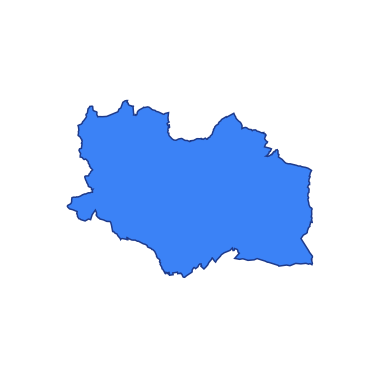 outline of Malovat, Mehedinti, Romania, rotated 324°
{"feature_id": "2599482B51625304248487", "entity_name": "Malovat", "entity_type": "district", "adm_level": 2, "iso_a3": "ROU", "parent_name": "Romania", "parent_adm1": "Mehedinti", "projection": "mercator", "projection_center": [22.741, 44.72], "detail": "fine", "context": "isolated", "style": "filled", "palette": "blue", "viewbox_px": 384, "rotation_deg": 324, "n_neighbors": 0, "source": "geoboundaries", "source_scale": "gbopen_adm2", "svg_char_len": 6056}
<svg xmlns="http://www.w3.org/2000/svg" viewBox="0 0 384 384"><g transform="rotate(324 192 192)"><path d="M282.6,195.8L282.0,194.2L282.0,191.9L282.2,191.4L283.5,190.5L285.0,189.7L284.7,189.4L285.4,188.9L285.4,188.1L284.3,186.6L285.0,186.1L283.0,184.9L281.6,182.4L280.4,181.0L280.0,179.2L277.9,177.8L276.8,177.8L276.7,176.4L274.7,174.5L274.2,172.7L273.5,171.4L271.9,170.5L269.7,170.1L271.5,167.7L271.9,166.1L272.1,164.1L271.4,162.0L271.0,159.1L271.0,158.1L271.5,156.7L271.5,155.5L272.1,152.9L263.8,151.8L263.9,151.2L258.5,150.7L257.1,151.3L255.3,151.3L254.0,151.8L253.4,152.5L250.8,152.3L248.8,152.7L247.8,153.5L246.2,154.0L245.5,155.0L244.8,155.2L242.1,157.2L239.7,157.5L238.7,158.1L237.4,157.7L237.3,157.9L236.0,157.9L235.6,158.3L234.9,158.0L234.4,156.2L232.1,156.0L231.9,155.4L231.2,155.3L230.8,154.8L231.0,154.2L230.8,154.0L230.0,153.8L227.4,151.8L223.6,151.2L220.8,149.6L220.6,150.1L219.6,149.7L218.5,147.6L216.6,146.1L215.3,142.9L214.8,142.4L212.2,141.2L209.5,140.8L207.9,139.3L207.2,137.7L206.6,133.0L207.1,131.6L207.8,130.9L207.4,130.5L207.5,129.2L208.9,128.2L209.0,127.5L210.5,126.1L211.5,126.6L212.1,126.3L212.0,125.6L213.0,124.6L213.1,124.3L212.4,124.0L211.6,124.4L211.6,123.2L212.2,121.9L214.6,121.9L214.7,120.1L215.6,119.0L216.0,118.0L219.7,114.0L216.3,112.6L215.0,112.7L214.3,111.9L211.9,107.5L210.4,105.7L210.1,104.3L208.5,102.5L207.9,101.2L207.9,100.5L207.0,98.0L206.0,97.0L203.5,95.9L202.6,95.0L202.0,95.2L197.7,94.6L195.8,94.8L194.5,95.4L193.7,96.4L192.6,97.0L192.0,96.3L191.5,96.8L191.3,96.4L190.0,95.3L191.0,94.4L191.1,93.8L194.2,88.7L195.0,88.2L194.9,87.9L193.5,87.1L193.5,86.5L192.4,85.3L192.1,84.4L192.0,83.6L192.4,83.1L192.5,82.0L192.2,81.1L193.6,80.1L193.1,79.7L191.4,78.9L188.8,78.8L183.8,82.2L181.6,82.0L179.4,83.5L179.0,83.5L167.4,80.7L163.8,78.4L160.9,76.2L160.0,75.8L160.5,73.3L162.0,71.6L161.7,70.7L160.5,69.1L160.1,67.5L161.9,64.4L161.6,63.8L159.6,62.7L158.6,63.3L156.8,63.6L154.1,66.3L153.2,66.8L152.2,66.8L151.6,67.2L151.3,67.9L151.3,68.4L150.8,69.1L150.0,69.5L145.9,70.8L145.2,70.8L144.2,71.2L143.9,71.7L142.4,72.0L138.9,71.2L138.4,72.6L136.7,75.6L135.6,76.3L134.8,77.7L133.4,78.9L133.1,79.4L133.8,81.5L133.5,84.4L133.7,84.7L133.2,85.3L133.2,86.0L132.8,86.6L131.2,87.6L131.4,88.3L128.2,91.7L126.4,91.0L125.1,91.8L124.7,93.5L124.6,95.3L122.7,97.1L122.1,98.1L122.6,98.4L123.5,99.7L123.5,101.2L123.8,102.3L125.2,102.7L125.7,103.9L125.6,104.8L125.9,106.3L125.1,107.6L125.0,110.1L124.2,110.9L124.4,111.8L124.1,112.9L124.4,113.5L124.6,115.7L122.0,116.0L121.1,116.7L119.4,117.0L117.8,118.1L115.1,116.4L114.4,116.5L114.0,117.0L113.1,119.6L112.9,121.2L112.4,122.7L112.2,125.0L111.5,126.3L111.8,127.4L112.7,128.6L112.9,129.2L112.9,129.8L112.1,131.0L113.4,131.6L112.6,131.9L111.3,133.7L110.5,133.0L109.0,132.7L107.6,131.7L104.8,131.1L104.0,130.5L101.8,129.9L99.3,129.7L96.8,129.0L95.8,128.1L95.0,128.0L93.2,126.6L91.6,126.0L90.1,127.5L89.0,129.0L87.9,129.9L86.6,130.2L83.5,129.8L82.8,130.2L82.6,131.2L83.0,133.7L85.1,136.2L87.6,140.3L86.0,141.8L86.2,142.0L85.5,143.8L85.0,144.4L84.8,147.1L85.6,148.1L85.7,148.8L86.4,149.8L88.5,152.6L92.1,153.0L92.6,153.2L93.7,154.8L97.9,151.7L103.2,149.8L102.6,152.6L101.5,154.2L101.0,154.2L100.8,154.9L101.1,158.1L101.7,158.7L101.6,159.7L103.9,162.4L105.8,165.7L108.4,167.8L108.3,169.0L107.4,171.4L104.6,177.3L104.8,177.7L105.3,177.9L105.6,180.3L106.6,181.7L106.3,184.1L106.6,187.5L106.3,188.5L107.3,188.2L108.4,188.8L111.2,191.8L111.4,192.5L112.0,192.8L112.1,191.5L112.6,190.6L112.8,190.8L113.5,192.8L115.2,195.6L117.8,197.6L118.8,199.6L119.8,200.5L122.1,205.2L123.4,206.8L124.3,208.9L123.8,210.0L123.9,210.7L125.7,213.6L125.8,214.9L126.4,215.4L126.9,218.1L126.4,220.8L126.0,222.6L125.5,223.2L125.3,225.0L126.0,227.2L126.0,227.9L125.7,228.7L124.8,229.2L124.6,229.7L124.9,230.8L123.7,231.7L123.4,234.9L122.6,236.6L123.0,237.5L122.7,239.3L122.9,240.0L122.6,240.5L122.4,242.1L122.7,242.6L123.8,241.8L124.6,244.2L125.2,243.1L126.2,243.6L124.9,246.1L128.1,247.8L128.9,246.2L133.1,248.3L132.4,249.7L134.6,250.7L134.4,250.9L135.4,251.6L135.2,251.9L135.5,252.8L135.1,254.0L134.9,255.6L135.5,256.4L136.0,256.7L138.4,256.5L144.7,256.8L145.1,256.7L146.4,255.1L149.0,254.2L149.5,254.5L149.8,256.1L152.8,256.0L154.6,255.0L156.1,254.8L157.1,255.6L156.4,256.3L156.6,257.6L156.2,256.9L155.6,257.2L156.4,261.3L159.0,260.9L161.9,260.2L164.1,259.0L168.1,258.0L169.5,257.2L169.7,257.3L169.6,261.2L169.9,262.6L171.7,261.7L177.3,260.6L178.9,260.0L182.4,260.1L188.5,261.6L191.6,261.0L190.8,263.5L191.7,264.0L192.6,263.5L193.2,262.7L194.6,264.7L194.8,265.6L194.7,266.2L194.0,267.4L194.0,268.4L194.3,269.3L187.5,270.8L191.0,274.5L193.4,275.6L194.3,276.4L197.1,280.2L202.4,283.4L205.5,284.1L210.5,290.8L211.7,293.0L212.8,294.1L218.6,302.0L218.7,303.0L225.6,306.7L227.9,309.2L233.9,310.7L237.8,314.1L242.3,316.7L243.9,318.9L245.4,319.3L246.3,321.3L247.4,320.6L248.6,317.6L249.1,317.4L249.1,316.5L250.9,315.7L251.7,314.7L251.6,309.2L251.8,309.0L252.8,293.7L256.8,292.3L259.8,292.7L261.3,292.6L262.6,291.2L265.4,289.3L267.2,289.1L267.8,288.0L269.2,287.2L270.2,286.0L271.4,287.2L272.1,285.8L272.0,285.0L273.4,284.0L274.0,283.1L274.1,282.8L273.8,282.3L275.7,280.5L277.9,277.2L279.0,276.5L279.3,276.0L279.3,275.1L278.7,274.3L278.7,272.8L279.4,270.3L279.9,269.8L281.2,266.5L281.9,265.6L282.4,265.6L283.1,265.0L283.3,263.3L285.2,261.2L286.3,261.1L288.4,258.5L288.6,257.3L288.3,256.0L290.8,254.7L291.5,255.1L292.7,253.4L292.8,253.0L292.6,252.2L292.9,251.9L294.3,250.4L296.5,249.1L296.6,248.6L296.2,248.1L297.7,247.2L298.7,246.2L301.4,244.8L299.9,241.0L298.4,238.9L295.7,236.1L294.9,234.6L293.5,233.7L292.2,231.8L288.1,227.0L286.5,225.8L285.0,224.0L284.5,222.4L284.1,218.6L282.5,214.5L284.3,212.8L283.9,212.4L284.3,211.3L285.8,209.1L285.6,208.2L285.8,207.9L284.4,207.3L283.8,207.4L282.7,208.2L282.0,207.5L280.5,207.8L280.0,208.4L278.8,208.2L278.5,208.7L277.3,208.1L276.3,208.3L274.1,207.7L273.0,206.5L274.1,206.7L274.7,206.3L275.4,206.4L276.6,205.8L276.9,205.9L278.3,204.8L279.1,205.2L281.6,203.8L280.7,202.3L277.2,198.1L279.2,196.8L280.6,196.3L281.7,196.4L282.6,195.8Z" fill="#3b82f6" stroke="#1e3a8a" stroke-width="1.5"/></g></svg>